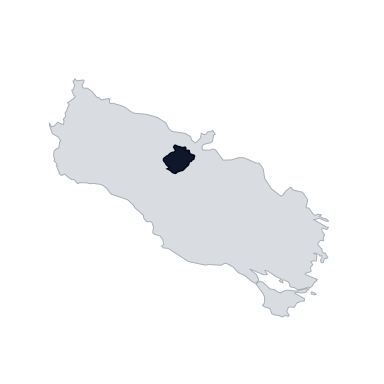 location of K. Maras within Turkey, rotated 211°
{"feature_id": "TUR-2283", "entity_name": "K. Maras", "entity_type": "Province", "adm_level": 1, "iso_a3": "TUR", "parent_name": "Turkey", "parent_adm1": "", "projection": "robinson", "projection_center": [36.909, 37.929], "detail": "fine", "context": "in_parent", "style": "filled", "palette": "ink", "viewbox_px": 384, "rotation_deg": 211, "n_neighbors": 0, "source": "natural_earth", "source_scale": "10m", "svg_char_len": 4745}
<svg xmlns="http://www.w3.org/2000/svg" viewBox="0 0 384 384"><g transform="rotate(211 192 192)"><path d="M294.4,140.3L299.6,142.0L301.3,140.7L306.0,140.9L310.2,141.8L312.4,139.0L315.4,139.3L316.0,140.8L317.4,141.3L321.9,144.9L321.4,145.4L322.5,146.7L326.2,147.6L326.7,149.4L329.6,152.1L331.3,156.3L330.5,159.2L328.9,161.1L331.4,167.4L330.7,168.3L335.3,170.3L341.1,170.0L342.9,170.9L348.6,175.9L350.0,177.9L346.2,175.5L344.0,177.5L343.1,182.5L337.0,183.4L338.0,186.6L339.7,188.1L339.3,191.2L339.7,192.4L341.5,194.4L341.3,197.1L342.0,200.0L342.2,203.5L344.7,204.6L343.6,206.2L341.0,213.2L341.2,213.8L343.1,213.9L347.4,217.2L346.7,218.3L347.3,222.8L351.1,225.7L350.5,227.2L350.7,228.7L348.0,228.0L342.7,232.1L342.1,232.0L341.3,230.6L341.0,226.5L339.7,225.5L338.0,225.3L335.1,227.1L332.4,227.0L329.7,226.7L322.5,224.2L319.9,225.0L317.2,224.1L311.9,229.0L310.3,229.4L309.5,227.0L307.6,225.6L305.3,227.4L296.2,229.8L292.0,230.2L286.8,229.4L282.6,229.6L271.1,235.1L260.0,238.1L250.1,237.8L244.7,234.4L240.4,233.6L227.8,238.8L221.5,238.7L219.4,236.5L214.7,235.6L213.6,237.7L212.6,242.6L214.3,247.1L211.6,247.4L209.9,248.4L209.4,251.8L207.0,253.2L206.1,255.3L205.7,255.3L201.8,253.6L202.8,251.9L200.4,245.6L201.6,243.6L206.8,238.5L206.6,235.5L204.5,233.4L197.9,237.2L197.3,238.7L195.8,239.8L193.4,240.2L181.8,235.3L175.0,239.6L169.2,245.9L164.7,248.2L151.8,249.9L149.5,251.2L145.2,249.8L142.6,248.2L136.7,241.0L125.5,235.6L113.7,234.3L112.6,235.7L112.1,241.2L110.1,246.4L109.1,247.0L106.5,245.7L97.2,248.7L89.5,245.3L88.2,243.8L86.6,237.8L85.5,237.4L84.2,238.2L82.9,238.2L77.3,235.6L74.3,235.4L72.4,238.0L69.4,239.0L69.4,238.3L70.6,236.7L65.9,237.0L63.3,238.2L60.0,237.4L60.2,236.8L63.0,235.9L69.3,235.0L73.4,231.0L58.4,231.2L57.0,232.1L56.8,230.0L57.7,229.0L61.7,228.3L61.5,226.6L59.1,224.7L56.5,223.7L55.5,219.4L54.2,218.3L54.4,217.7L56.9,216.9L57.5,213.7L57.2,211.8L52.4,210.1L51.3,210.2L50.2,208.5L48.2,207.3L46.5,208.3L41.7,205.7L42.6,203.8L43.9,203.9L44.1,202.4L43.3,199.9L43.4,198.7L44.5,198.3L45.7,198.6L46.8,200.0L46.9,202.9L48.1,204.5L49.1,202.9L51.3,203.8L55.3,202.9L56.1,202.2L53.2,202.3L52.1,201.6L49.9,197.0L52.4,195.6L54.2,193.4L51.0,191.9L51.7,188.7L49.0,185.1L53.0,180.6L52.8,179.9L51.6,179.7L39.7,181.6L39.6,179.5L40.5,177.8L40.6,173.4L41.3,171.0L43.5,170.3L46.3,166.8L50.9,162.7L55.4,162.8L57.2,161.7L59.9,161.6L60.7,163.2L63.0,164.4L67.2,164.2L69.2,163.1L67.3,161.1L69.7,160.5L71.6,160.9L70.5,163.1L71.1,163.4L76.5,162.7L82.1,163.2L88.3,163.0L89.2,162.3L84.8,160.1L87.7,158.1L89.3,157.7L102.4,155.9L102.5,155.5L94.5,154.5L90.5,151.9L89.4,150.5L90.3,147.1L91.3,146.2L94.1,146.1L103.9,147.6L110.9,146.7L118.5,149.0L125.8,148.5L127.4,147.5L129.3,144.2L139.7,138.8L143.4,136.0L159.5,130.5L183.5,131.4L187.8,129.3L190.2,130.0L189.5,131.4L189.6,132.8L192.5,136.0L196.7,137.9L202.7,136.3L204.8,137.0L206.9,142.1L210.6,145.2L212.3,145.4L214.6,143.6L216.7,143.4L220.3,145.1L221.5,147.0L233.0,149.1L235.4,150.6L243.1,152.2L260.3,148.5L266.6,151.0L271.9,151.8L274.2,151.5L281.1,148.5L283.2,146.9L287.5,145.4L292.9,142.2L294.4,140.3ZM73.2,131.2L72.7,133.5L73.6,136.0L75.9,139.5L78.3,141.3L89.8,146.1L87.9,150.5L85.0,151.2L75.1,149.1L71.0,150.9L68.0,150.4L63.9,151.2L62.7,153.9L59.7,157.0L51.5,160.8L43.8,168.3L41.7,169.3L42.8,166.7L42.8,164.5L46.1,161.8L50.7,159.8L52.0,158.2L40.6,158.5L39.6,156.2L40.8,155.7L44.7,151.6L45.1,149.9L44.9,145.9L49.5,143.6L49.9,142.6L49.4,138.6L45.2,136.3L45.4,135.1L48.5,134.1L50.3,131.3L54.7,130.7L56.9,129.4L60.7,128.7L65.3,132.2L71.0,130.8L73.2,131.2ZM37.9,168.1L34.1,168.7L32.9,168.1L34.2,166.8L37.2,166.0L38.1,167.2L37.9,168.1Z" fill="#d9dde1" stroke="#a8b0b8" stroke-width="1"/><path d="M212.2,204.8L212.8,204.2L213.3,203.4L214.6,202.0L215.1,201.2L215.3,200.1L215.6,199.5L216.2,199.2L218.4,198.7L220.6,199.0L221.0,199.2L221.4,199.4L225.2,199.1L224.2,200.7L224.4,201.9L224.7,201.9L225.3,201.7L225.6,201.7L228.1,202.2L230.2,203.4L231.3,203.7L232.7,204.3L233.5,205.7L233.4,206.5L232.5,208.9L232.4,209.5L232.1,209.9L231.8,210.2L231.4,210.8L230.6,213.8L229.9,215.0L229.1,216.0L228.1,216.7L227.5,217.5L227.5,218.7L228.1,219.7L229.1,220.0L230.9,221.1L230.9,221.7L231.0,222.3L230.8,223.2L230.1,223.7L229.0,223.6L227.9,223.8L225.7,224.5L223.6,224.9L222.7,225.3L221.1,226.9L219.9,226.5L219.4,224.7L218.6,224.2L217.8,225.2L215.7,226.1L215.0,225.1L214.1,224.3L213.5,223.9L212.9,223.7L211.5,224.0L211.1,224.1L210.4,224.3L209.9,224.4L209.6,224.1L209.4,224.2L209.2,224.2L209.0,224.3L208.9,224.5L208.7,224.5L208.1,223.7L208.0,222.4L207.8,222.1L207.6,221.9L207.4,221.3L207.5,220.7L208.0,220.2L208.4,219.6L208.4,218.0L208.8,217.5L209.1,217.3L209.7,216.8L209.8,215.9L209.2,214.7L209.1,213.7L209.1,213.1L209.4,211.8L209.9,210.5L210.7,206.9L211.2,205.6L212.2,204.8Z" fill="#0f172a" stroke="#020617" stroke-width="1.5"/></g></svg>